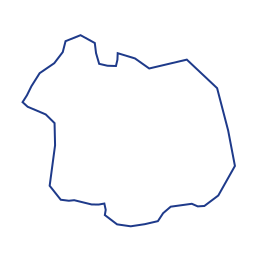 SVG path tracing the border of Daegu, rotated 83°
{"feature_id": "KOR-2504", "entity_name": "Daegu", "entity_type": "Metropolitan City", "adm_level": 1, "iso_a3": "KOR", "parent_name": "South Korea", "parent_adm1": "", "projection": "orthographic", "projection_center": [128.628, 35.889], "detail": "fine", "context": "isolated", "style": "outline", "palette": "blue", "viewbox_px": 256, "rotation_deg": 83, "n_neighbors": 0, "source": "natural_earth", "source_scale": "10m", "svg_char_len": 674}
<svg xmlns="http://www.w3.org/2000/svg" viewBox="0 0 256 256"><g transform="rotate(83 128 128)"><path d="M178.7,26.5L206.0,46.6L214.7,61.7L214.3,68.3L211.0,73.9L211.3,95.2L216.8,103.5L224.1,109.7L225.5,123.0L225.9,137.3L222.3,150.6L211.6,161.6L206.5,160.1L200.1,160.7L200.4,166.2L199.5,173.3L193.1,190.2L193.0,195.6L191.0,203.5L175.8,212.8L136.3,202.5L114.2,200.3L104.5,208.0L94.7,225.0L89.5,229.5L83.2,224.3L74.8,218.8L62.8,209.0L54.7,193.3L44.7,183.5L34.2,179.4L30.1,163.8L39.6,150.6L49.8,150.6L60.8,148.8L63.7,140.8L65.0,132.4L59.0,130.2L52.5,129.1L59.8,112.6L71.5,99.7L67.3,61.3L99.3,34.7L142.7,28.9L178.7,26.5Z" fill="none" stroke="#1e3a8a" stroke-width="2"/></g></svg>